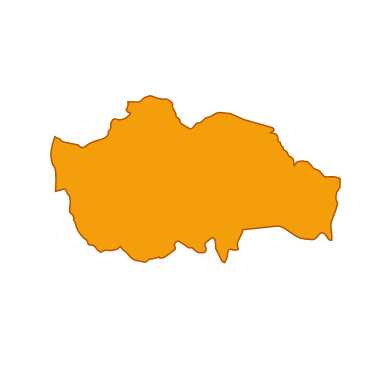 map outline of Jambi (Albers equal-area conic projection), rotated 20°
{"feature_id": "IDN-1930", "entity_name": "Jambi", "entity_type": "Province", "adm_level": 1, "iso_a3": "IDN", "parent_name": "Indonesia", "parent_adm1": "", "projection": "albers", "projection_center": [102.763, -1.764], "detail": "fine", "context": "isolated", "style": "filled", "palette": "amber", "viewbox_px": 384, "rotation_deg": 20, "n_neighbors": 0, "source": "natural_earth", "source_scale": "10m", "svg_char_len": 4341}
<svg xmlns="http://www.w3.org/2000/svg" viewBox="0 0 384 384"><g transform="rotate(20 192 192)"><path d="M245.3,104.0L246.3,104.3L247.4,105.0L247.9,105.8L247.6,107.1L246.1,108.6L245.5,109.7L249.3,109.0L251.2,109.0L253.0,110.0L253.9,111.2L255.2,113.9L256.2,115.1L256.6,115.2L257.6,115.0L258.0,115.1L258.2,115.3L258.4,116.0L258.6,116.2L259.1,116.8L259.7,117.6L260.4,118.3L262.2,118.9L262.8,119.8L263.1,120.6L263.6,121.0L266.9,121.5L268.2,122.5L270.1,124.7L271.3,125.1L273.3,125.3L274.8,125.8L276.0,126.7L277.0,128.1L278.4,131.4L279.1,132.3L279.9,128.8L281.4,127.1L283.4,125.9L285.2,125.1L288.9,124.4L290.0,123.9L295.8,126.7L297.4,127.8L298.8,128.3L303.2,128.5L304.8,128.7L310.2,131.9L312.2,132.3L315.8,130.8L316.6,130.3L321.5,128.9L326.5,128.7L326.9,129.5L329.4,137.1L328.2,142.5L328.6,145.9L329.4,148.7L329.7,149.5L332.3,152.3L332.7,153.3L333.3,158.8L333.1,171.9L333.8,175.6L335.3,179.2L338.5,185.5L339.8,189.5L338.4,190.0L337.7,190.0L336.7,189.8L335.9,189.3L333.3,187.4L330.8,186.0L329.4,185.6L328.2,185.6L327.4,186.2L326.9,186.8L326.3,187.7L324.0,193.5L323.0,194.5L321.6,195.5L314.2,197.6L308.8,198.3L304.6,197.8L290.1,194.3L286.7,194.2L284.0,194.7L253.6,209.6L252.3,210.6L253.1,212.2L252.1,222.8L252.4,225.5L253.3,227.4L253.7,228.0L254.7,229.0L255.1,229.4L255.1,230.0L254.7,230.6L253.8,231.2L252.6,231.8L251.1,232.2L248.0,232.6L247.1,233.0L246.5,233.7L246.2,234.8L246.2,235.6L246.2,236.3L247.2,240.4L247.3,242.8L247.3,243.3L247.1,244.0L247.0,244.5L247.0,245.0L247.2,245.5L247.2,246.1L247.1,246.7L246.8,247.2L246.1,247.3L245.2,247.2L243.5,246.4L233.6,237.0L232.9,235.6L232.3,233.6L230.8,230.4L229.7,229.1L228.8,228.3L227.4,227.9L226.0,228.4L224.1,231.9L222.7,233.9L222.0,235.8L222.0,237.1L222.7,238.1L223.5,238.9L224.3,239.9L224.9,241.2L225.0,242.5L225.0,243.6L224.5,244.3L223.4,245.1L219.7,246.5L217.9,246.8L215.8,246.2L211.2,244.3L208.6,245.4L206.1,245.2L203.3,244.3L200.6,243.8L198.1,243.0L196.5,242.8L195.4,243.0L194.5,243.9L193.8,245.3L193.5,246.7L193.6,247.9L194.2,248.8L194.9,249.4L195.5,250.2L195.8,251.1L195.5,252.3L189.3,261.5L188.2,262.8L186.8,264.0L185.3,264.8L184.3,265.1L183.8,264.9L183.5,264.4L183.0,264.4L181.3,266.0L179.8,267.1L175.7,269.3L174.4,270.4L173.6,271.7L173.2,272.8L172.4,273.7L170.9,274.3L165.5,274.8L164.4,275.2L163.0,275.5L161.5,275.5L159.7,275.4L157.3,274.6L155.3,273.8L151.2,271.2L146.7,270.0L143.4,267.7L141.1,271.6L136.4,274.4L134.8,275.1L131.0,276.0L130.2,276.5L126.7,280.0L125.9,279.5L123.7,279.0L122.6,278.4L120.5,277.2L117.7,276.0L116.5,276.0L115.8,276.1L114.0,276.8L113.2,276.8L112.3,276.4L110.5,274.2L109.5,273.3L107.3,272.7L106.0,272.3L101.3,269.8L98.2,267.4L95.3,264.4L93.4,261.5L90.4,258.8L89.7,256.5L89.1,255.7L87.8,254.5L85.1,253.4L84.0,252.6L83.2,251.3L81.1,242.8L79.5,240.3L79.3,239.3L79.2,238.8L78.7,238.2L77.7,237.5L76.2,236.7L74.2,234.8L73.5,233.9L72.8,233.3L72.1,232.9L70.6,233.1L63.5,238.1L60.4,228.0L56.9,219.5L55.7,217.5L54.8,216.2L52.0,214.0L50.7,212.6L49.2,210.3L46.7,205.5L45.4,200.8L44.7,195.7L44.2,186.9L47.5,187.5L49.0,187.3L50.4,187.8L52.0,188.8L53.9,189.0L69.2,186.7L70.3,187.7L73.2,187.9L74.3,187.5L75.5,186.7L77.6,183.4L79.3,181.3L82.6,178.2L89.7,172.9L91.7,170.8L92.8,169.1L93.7,166.5L93.6,165.8L93.3,165.2L92.8,164.5L92.7,163.7L93.6,161.1L93.8,160.1L92.2,155.1L92.6,152.6L93.0,150.9L93.8,150.0L94.5,149.7L95.1,149.6L96.0,149.6L99.0,149.1L101.3,147.9L103.1,146.6L105.1,144.0L106.3,142.0L107.1,140.3L107.2,139.2L107.1,138.7L106.6,138.5L106.2,138.7L105.7,138.9L104.8,139.0L103.2,138.2L102.0,137.3L102.3,135.4L102.3,133.5L102.0,131.5L100.9,129.2L110.6,125.9L111.3,125.5L112.0,124.8L112.6,124.2L113.5,122.4L114.0,121.3L114.5,120.5L115.2,119.6L116.9,117.9L118.7,116.6L119.4,116.1L120.2,115.8L121.0,115.7L121.9,115.6L126.9,115.7L131.2,115.2L132.6,114.8L135.1,113.8L136.2,113.5L137.2,113.4L138.2,113.5L141.7,114.5L142.6,114.9L143.4,115.6L143.9,116.6L144.6,118.8L145.1,119.5L149.5,123.4L150.4,124.6L150.8,125.3L150.9,126.1L151.1,126.5L151.6,126.8L153.8,127.2L154.8,127.6L155.6,128.2L156.1,128.9L157.1,130.4L158.0,131.1L159.9,131.8L167.6,133.2L169.5,132.9L170.8,131.5L172.3,126.9L172.8,125.9L175.4,124.3L176.1,123.7L176.7,123.1L177.5,122.0L178.7,119.4L179.1,118.6L179.8,117.6L180.5,117.0L183.1,115.2L183.9,114.5L187.1,110.5L188.4,109.3L189.3,108.6L190.4,108.0L200.2,105.4L203.7,105.3L216.0,106.2L244.3,104.2L245.3,104.0Z" fill="#f59e0b" stroke="#b45309" stroke-width="1.5"/></g></svg>